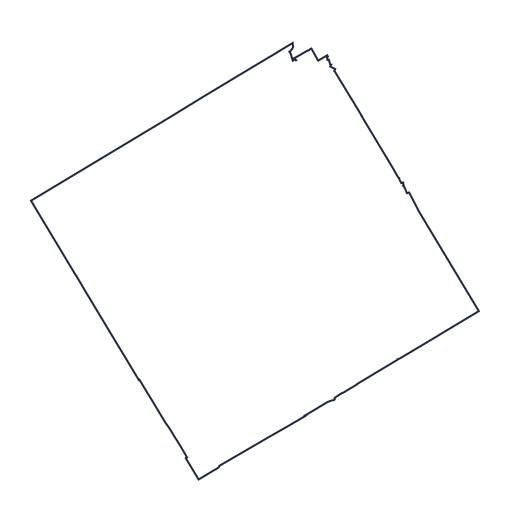 Capital, Córdoba, Argentina (Mercator projection), rotated 59°
{"feature_id": "61730980B11086319733728", "entity_name": "Capital", "entity_type": "district", "adm_level": 2, "iso_a3": "ARG", "parent_name": "Argentina", "parent_adm1": "Córdoba", "projection": "mercator", "projection_center": [-64.197, -31.416], "detail": "fine", "context": "isolated", "style": "outline", "palette": "slate", "viewbox_px": 512, "rotation_deg": 59, "n_neighbors": 0, "source": "geoboundaries", "source_scale": "gbopen_adm2", "svg_char_len": 4444}
<svg xmlns="http://www.w3.org/2000/svg" viewBox="0 0 512 512"><g transform="rotate(59 256 256)"><path d="M92.3,175.5L92.3,176.0L92.3,177.5L92.3,179.0L92.3,182.5L92.3,186.0L92.3,189.5L92.3,193.1L92.3,217.9L92.5,237.8L92.7,257.6L92.7,286.8L92.7,314.8L92.7,335.0L92.7,349.2L92.7,371.0L92.7,396.5L92.7,420.4L118.4,420.4L122.4,420.4L122.5,420.4L139.0,420.4L173.7,420.4L177.8,420.4L179.3,420.3L180.9,420.3L182.3,420.3L184.2,420.3L185.7,420.3L187.2,420.3L188.9,420.3L191.2,420.3L191.5,420.3L191.9,420.4L198.4,420.4L213.9,420.4L222.5,420.4L244.6,420.4L257.7,420.4L274.6,420.3L293.9,420.3L302.0,420.3L302.0,419.6L316.1,419.6L327.2,419.5L344.0,419.5L352.6,419.5L357.9,419.0L359.4,419.0L360.6,418.9L361.9,418.9L363.3,418.9L368.5,418.9L373.8,418.8L379.4,418.7L393.1,418.8L393.1,420.3L403.9,420.3L418.0,420.3L418.0,409.3L418.0,397.1L418.0,396.7L417.0,395.5L417.0,393.6L417.8,339.4L418.0,329.7L418.3,316.8L418.5,295.6L417.9,295.9L418.0,295.3L418.0,292.2L418.0,270.0L418.8,265.5L419.7,263.4L419.6,263.2L419.5,262.9L419.5,262.7L419.4,262.7L419.3,262.4L419.2,262.3L419.1,262.2L418.9,262.1L418.7,261.9L418.4,261.8L418.2,261.8L418.0,259.9L417.8,253.9L417.8,252.6L418.0,252.4L418.1,251.8L418.1,251.5L418.1,251.0L418.1,250.6L418.1,249.6L418.1,249.2L418.1,248.8L418.1,248.0L418.0,246.7L418.1,245.2L418.0,243.8L418.1,241.8L418.1,240.9L418.1,239.0L418.1,237.8L418.1,236.6L418.0,235.1L417.8,235.0L417.8,232.4L417.8,229.9L417.8,227.5L417.8,226.1L417.8,224.4L417.8,222.9L417.8,221.4L417.8,219.9L417.8,218.3L417.8,216.0L417.8,214.5L417.8,212.1L417.8,211.9L417.8,210.3L417.8,208.8L417.8,207.4L417.8,206.2L417.8,205.6L417.8,204.1L417.8,202.6L417.8,201.4L417.8,200.2L417.8,198.9L417.8,197.7L417.8,196.5L417.8,195.3L417.8,194.1L417.8,192.9L417.8,191.8L417.8,190.9L417.8,188.7L417.8,188.3L417.6,188.1L417.4,187.9L417.6,187.4L417.8,186.3L417.9,185.7L417.9,185.1L417.9,182.8L417.9,180.6L418.0,158.9L418.0,136.0L418.0,117.6L418.0,93.4L403.9,93.4L392.1,93.4L389.7,93.4L382.6,93.4L375.6,93.4L369.4,93.4L361.4,93.4L357.8,93.4L356.2,93.4L353.0,93.4L352.9,93.4L347.3,93.4L341.4,93.4L336.6,93.4L326.9,93.4L316.7,93.4L302.7,93.4L302.1,93.4L280.4,92.0L279.9,94.3L279.0,94.2L278.1,94.0L277.5,93.9L275.7,93.6L274.6,93.4L274.2,93.5L274.1,93.4L273.6,93.4L272.8,93.4L272.4,93.4L272.3,93.5L272.2,93.5L271.9,93.6L271.7,93.7L271.6,93.1L271.5,92.9L271.3,92.9L270.7,92.8L269.9,92.7L269.5,92.5L269.3,92.3L269.1,92.0L268.6,92.3L268.6,92.6L268.5,92.9L268.4,93.5L268.3,93.9L267.1,93.8L265.7,93.8L265.4,93.8L264.4,93.6L263.3,93.5L262.9,93.2L262.6,93.5L261.2,93.6L260.7,93.6L258.7,93.6L257.8,93.6L256.9,93.6L256.4,93.6L255.8,93.6L255.1,93.6L254.0,93.4L251.3,93.4L248.5,93.4L245.8,93.4L243.1,93.4L239.0,93.4L236.3,93.4L233.6,93.4L230.9,93.4L228.2,93.4L225.5,93.4L222.8,93.4L218.7,93.4L216.0,93.4L213.3,93.4L209.2,93.4L207.9,93.4L207.5,93.4L205.9,93.4L201.7,93.4L199.0,93.4L194.8,93.4L192.0,93.4L190.6,93.4L190.6,93.2L189.2,93.2L187.8,93.2L186.3,93.2L184.9,93.2L183.4,93.2L182.0,93.2L172.7,93.2L167.9,93.3L164.9,93.3L156.1,93.3L148.9,93.4L138.0,93.4L137.7,93.6L136.5,91.8L134.3,93.2L133.1,94.0L131.8,94.8L130.8,93.1L130.7,93.3L129.8,93.8L128.6,93.4L125.2,92.4L124.9,93.4L124.8,93.7L123.9,93.4L122.0,92.9L122.0,91.6L120.6,91.6L120.6,94.7L120.6,95.6L120.6,96.0L120.6,96.8L120.6,97.0L120.6,97.5L120.6,98.3L120.6,99.6L120.6,100.7L120.6,101.0L120.5,102.1L117.4,102.0L114.3,101.9L113.2,101.9L112.3,101.8L109.8,101.8L108.2,101.7L106.7,101.7L106.6,103.2L106.6,103.6L106.7,103.8L106.8,104.2L106.9,104.6L106.9,104.8L106.9,105.0L106.7,105.2L106.6,105.4L106.6,105.7L106.5,106.3L106.5,107.9L106.4,109.4L106.4,111.0L106.4,112.5L106.4,114.1L106.3,115.6L106.3,117.2L106.2,119.6L106.2,120.1L106.1,121.4L107.7,121.0L108.9,120.7L108.9,121.0L108.3,121.1L107.6,121.3L107.6,122.0L107.6,123.9L107.2,123.8L105.9,123.5L105.1,123.2L104.4,123.1L100.3,122.0L100.1,122.1L99.1,122.1L98.7,122.2L98.1,122.2L98.2,121.3L98.1,120.9L98.0,120.6L97.5,119.6L97.3,119.2L97.2,118.7L97.1,118.3L96.8,117.9L96.6,117.4L96.3,117.0L96.0,116.7L95.6,116.2L95.3,116.1L95.1,116.1L94.8,116.1L94.5,116.0L94.3,115.9L94.1,115.7L93.4,115.3L92.8,115.2L92.3,114.9L92.3,115.7L92.3,120.0L92.3,121.6L92.3,122.9L92.3,125.4L92.3,126.3L92.3,128.2L92.3,131.5L92.4,133.0L92.4,135.8L92.4,137.0L92.4,139.3L92.3,143.0L92.3,144.8L92.3,146.5L92.4,149.0L92.3,150.6L92.3,151.9L92.3,155.2L92.3,156.5L92.3,157.4L92.3,158.9L92.3,159.8L92.3,160.3L92.3,160.5L92.3,162.7L92.3,165.5L92.3,169.3L92.3,172.1L92.3,173.3L92.3,175.5Z" fill="none" stroke="#1e293b" stroke-width="2"/></g></svg>